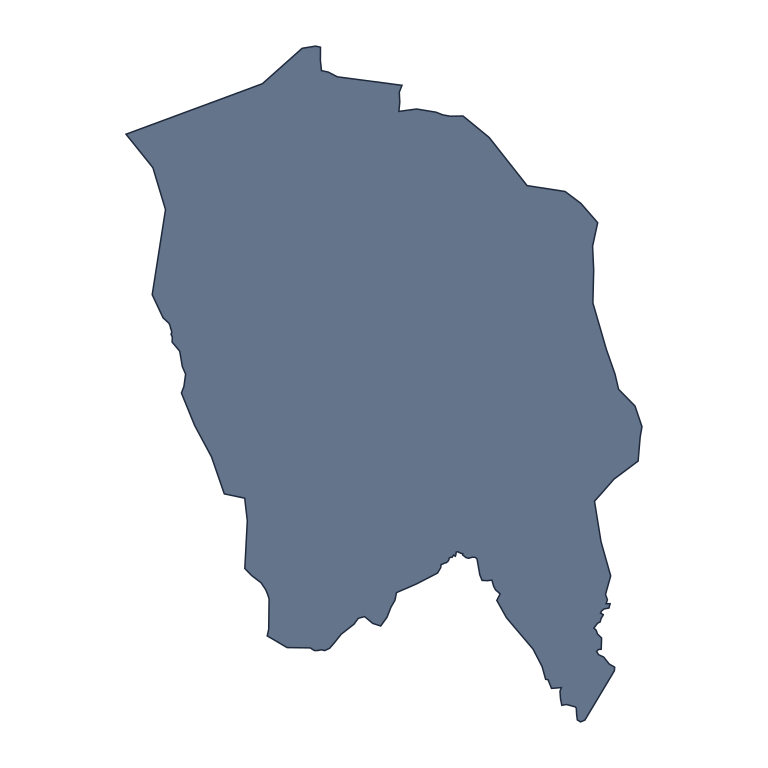 Awka North, Anambra, Nigeria (Robinson projection)
{"feature_id": "59680162B18488232241930", "entity_name": "Awka North", "entity_type": "district", "adm_level": 2, "iso_a3": "NGA", "parent_name": "Nigeria", "parent_adm1": "Anambra", "projection": "robinson", "projection_center": [7.078, 6.331], "detail": "fine", "context": "isolated", "style": "filled", "palette": "slate", "viewbox_px": 768, "rotation_deg": 0, "n_neighbors": 0, "source": "geoboundaries", "source_scale": "gbopen_adm2", "svg_char_len": 2353}
<svg xmlns="http://www.w3.org/2000/svg" viewBox="0 0 768 768"><path d="M638.2,461.0L638.2,460.2L640.2,436.9L642.0,426.7L635.0,406.0L618.6,389.3L615.0,374.0L606.4,349.5L599.4,325.3L592.9,303.0L593.7,270.0L592.6,246.2L597.7,222.7L580.9,203.4L565.1,191.5L527.1,185.6L523.4,180.9L489.1,137.4L463.0,116.0L450.3,116.2L442.5,114.8L436.1,112.2L416.5,109.0L398.9,111.4L399.8,102.2L399.3,92.2L402.0,85.3L351.0,78.6L337.3,76.8L328.3,72.1L321.5,70.6L320.4,60.6L320.5,47.2L315.6,46.1L302.1,48.3L262.4,83.7L201.2,106.4L126.0,134.2L152.9,167.7L165.5,209.6L152.2,294.7L163.1,317.9L169.0,323.3L170.3,326.5L170.6,328.5L171.0,329.4L171.3,329.6L171.6,331.8L171.7,333.1L171.2,333.6L171.1,334.6L171.5,335.3L171.6,335.6L172.3,337.0L172.1,342.1L179.7,351.2L182.3,366.5L185.6,374.2L183.9,386.5L181.4,393.0L194.6,425.4L211.5,456.9L224.3,493.9L244.7,498.2L245.3,503.5L247.3,520.8L244.8,568.5L251.7,575.6L261.0,582.7L265.7,589.7L267.4,593.7L269.1,598.8L268.7,629.2L267.2,635.9L287.1,647.6L309.9,647.9L310.8,648.2L312.1,649.2L314.6,650.6L318.1,650.5L321.3,649.8L324.7,650.6L329.6,648.3L334.3,642.9L341.2,634.2L354.0,624.2L358.3,618.3L364.6,616.6L372.7,623.4L380.7,626.0L387.0,617.3L390.9,607.3L395.0,600.2L396.5,592.6L416.6,583.9L437.5,573.1L440.7,567.7L441.1,564.5L443.1,563.9L444.8,562.9L446.0,562.9L447.9,561.4L448.9,559.7L449.2,558.1L450.3,557.4L452.1,557.3L453.4,555.4L453.8,555.0L454.2,555.6L455.4,556.2L455.7,555.2L455.9,554.5L456.2,552.1L458.1,551.7L458.8,552.4L459.4,552.6L461.3,553.4L462.8,553.7L462.6,554.9L463.0,555.2L466.0,557.6L468.5,558.3L472.5,557.2L475.1,557.3L477.0,558.9L479.8,574.8L482.0,580.4L487.4,580.7L489.7,580.4L491.9,580.2L493.6,586.2L495.6,590.0L497.7,591.7L500.1,594.0L496.8,600.4L506.5,617.8L533.1,649.2L542.1,666.6L545.6,679.3L548.0,679.7L551.5,688.4L561.3,687.6L560.0,691.3L560.5,698.8L561.8,705.3L566.4,704.5L575.3,706.9L576.3,708.2L576.6,714.3L577.3,719.9L580.5,721.9L584.9,720.1L614.4,670.8L614.7,667.2L609.1,663.9L603.9,657.3L603.6,657.0L598.6,654.7L596.6,651.4L598.4,649.5L601.2,649.3L601.4,644.4L601.6,638.0L597.5,634.0L596.2,630.2L593.9,628.1L597.6,623.2L600.1,622.0L601.1,618.5L603.3,614.9L603.3,614.6L600.5,613.1L601.7,610.9L603.9,609.0L609.0,608.0L610.1,603.7L606.1,603.7L607.4,599.9L607.4,599.6L605.5,594.5L610.7,575.9L601.0,541.6L594.5,501.2L601.6,493.3L613.9,479.2L638.2,461.0Z" fill="#64748b" stroke="#1e293b" stroke-width="1.5"/></svg>